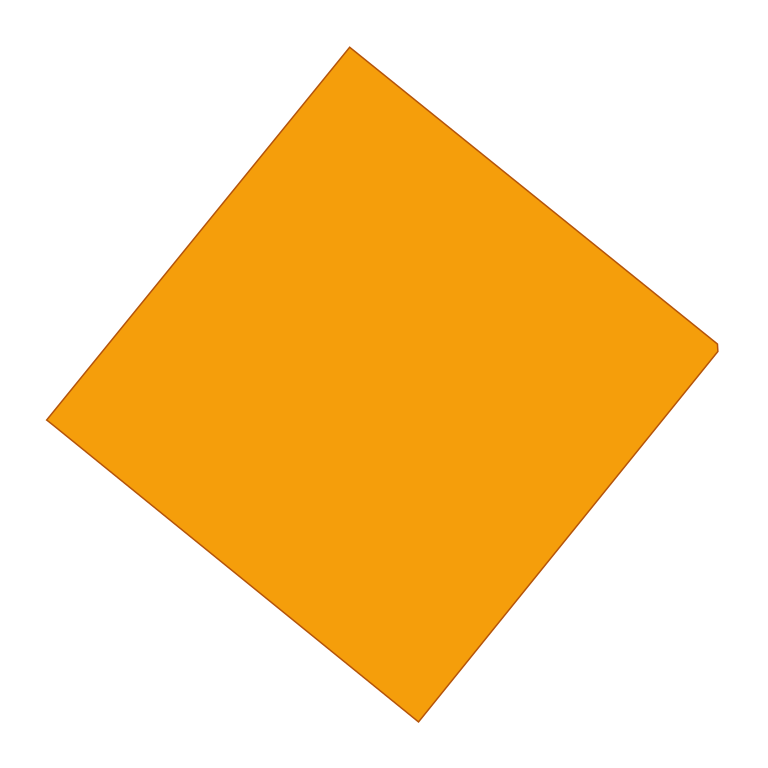 outline of Greeley, Nebraska, United States of America, rotated 39°
{"feature_id": "52423323B21407841844396", "entity_name": "Greeley", "entity_type": "district", "adm_level": 2, "iso_a3": "USA", "parent_name": "United States of America", "parent_adm1": "Nebraska", "projection": "albers", "projection_center": [-98.464, 41.568], "detail": "fine", "context": "isolated", "style": "filled", "palette": "amber", "viewbox_px": 768, "rotation_deg": 39, "n_neighbors": 0, "source": "geoboundaries", "source_scale": "gbopen_adm2", "svg_char_len": 266}
<svg xmlns="http://www.w3.org/2000/svg" viewBox="0 0 768 768"><g transform="rotate(39 384 384)"><path d="M618.0,143.1L145.4,143.9L144.5,624.3L152.1,624.2L623.5,624.9L623.3,504.4L623.0,148.6L618.0,143.1Z" fill="#f59e0b" stroke="#b45309" stroke-width="1.5"/></g></svg>